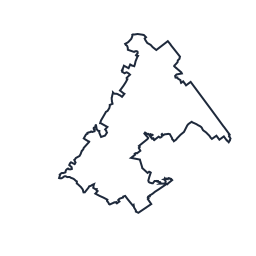 the district of Laucienes pag., Talsi, Latvia, rotated 330°
{"feature_id": "27541924B31657223934984", "entity_name": "Laucienes pag.", "entity_type": "district", "adm_level": 2, "iso_a3": "LVA", "parent_name": "Latvia", "parent_adm1": "Talsi", "projection": "albers", "projection_center": [22.805, 57.249], "detail": "fine", "context": "isolated", "style": "outline", "palette": "slate", "viewbox_px": 256, "rotation_deg": 330, "n_neighbors": 0, "source": "geoboundaries", "source_scale": "gbopen_adm2", "svg_char_len": 5695}
<svg xmlns="http://www.w3.org/2000/svg" viewBox="0 0 256 256"><g transform="rotate(330 128 128)"><path d="M43.3,136.9L43.8,137.4L44.8,138.1L45.5,138.3L46.8,138.3L47.8,138.1L48.5,138.1L49.1,138.2L49.7,138.5L50.1,138.9L50.6,139.8L50.9,140.2L51.3,140.4L52.4,140.9L53.0,141.3L53.6,142.5L55.1,144.3L55.8,145.6L56.4,147.7L57.0,148.7L55.9,150.4L56.3,151.1L57.8,156.0L57.8,157.0L58.0,157.6L58.0,159.1L57.5,160.5L57.3,161.5L58.4,162.1L64.0,159.9L65.2,159.1L66.8,159.5L68.7,159.4L70.5,159.6L69.8,160.2L68.0,162.4L68.3,162.8L68.5,163.5L69.1,164.5L69.4,164.8L70.3,165.3L69.9,165.7L69.6,165.9L69.5,166.3L70.1,167.4L67.9,168.2L66.9,168.5L69.4,172.5L72.0,176.1L74.3,179.8L73.4,180.5L73.4,181.3L73.7,182.5L73.6,183.9L73.5,184.2L74.0,185.1L78.7,185.6L79.0,185.5L79.6,186.0L80.8,186.2L81.0,187.0L80.6,187.4L80.7,187.7L82.3,187.5L83.8,187.4L83.5,185.5L85.2,185.0L87.5,185.4L88.9,185.7L89.5,185.0L91.6,185.4L92.1,189.5L93.4,197.6L94.4,197.4L93.5,199.9L93.6,203.4L93.0,204.3L94.6,206.6L110.1,205.5L109.6,199.4L109.8,199.3L110.9,199.0L110.9,198.8L110.5,198.0L111.1,197.5L112.4,197.4L112.9,197.9L113.4,197.2L114.5,197.3L116.5,197.2L119.5,196.7L124.0,196.5L133.1,195.8L133.6,195.8L134.0,196.4L135.0,196.0L135.7,195.9L140.2,195.2L139.9,193.7L139.3,193.5L139.0,192.5L138.5,192.5L138.3,192.3L138.3,192.0L138.2,191.9L138.1,192.0L138.0,191.9L137.9,192.0L137.6,192.0L137.5,191.9L137.3,192.0L137.3,191.9L137.2,191.9L137.1,192.0L136.9,191.9L137.0,191.8L136.9,191.7L136.5,191.5L136.5,191.4L136.4,191.3L136.1,191.4L136.0,191.2L135.7,191.2L135.7,190.9L135.5,190.7L135.3,190.9L135.1,190.7L134.9,190.8L134.7,190.6L134.4,190.6L134.4,190.4L134.3,190.5L134.2,190.6L133.9,190.6L133.4,190.5L133.9,191.1L134.0,193.0L132.9,194.3L131.7,194.3L127.7,192.1L127.8,192.1L128.0,191.8L128.3,191.7L128.6,191.5L128.6,191.4L128.8,191.3L128.8,191.0L126.8,189.3L127.3,188.8L126.4,188.2L124.9,187.5L124.5,187.2L121.9,188.3L121.1,187.8L119.4,186.0L119.0,185.1L119.3,183.7L121.9,181.1L125.4,178.0L125.1,177.5L125.1,177.3L124.9,177.1L124.4,176.4L122.5,176.7L120.3,169.7L120.6,169.2L122.4,161.5L122.5,161.3L115.7,155.4L120.7,154.7L120.8,153.7L121.4,153.6L122.1,153.6L122.9,154.0L123.1,154.4L127.3,153.9L127.4,150.7L128.7,150.3L128.5,149.0L139.0,147.4L140.0,147.1L140.5,146.7L140.4,145.7L139.9,143.7L139.9,143.4L139.4,141.0L140.5,140.5L142.1,143.4L142.7,143.4L142.9,144.7L144.3,144.5L144.7,145.3L145.2,145.5L145.6,145.8L145.8,146.3L143.1,146.7L143.5,149.4L144.7,149.3L144.9,149.7L144.5,151.4L144.6,151.6L150.2,150.8L150.9,152.3L151.6,152.5L152.8,152.4L154.2,150.8L154.1,150.3L154.5,150.2L154.8,151.9L156.5,151.8L158.8,152.8L159.2,152.9L160.1,153.3L161.2,154.4L161.1,155.1L161.1,156.8L161.1,159.0L160.7,159.5L160.8,160.5L161.1,160.9L161.1,162.4L164.0,162.1L165.3,161.5L170.2,160.1L174.5,159.4L180.6,155.4L182.2,154.8L185.3,154.5L186.3,154.5L186.5,155.2L186.7,155.5L187.4,156.4L189.2,158.9L190.4,161.2L191.0,161.9L191.8,163.6L192.0,164.5L192.0,165.0L191.9,166.1L191.9,167.3L192.0,167.7L192.6,169.1L193.0,169.9L193.5,171.2L194.0,173.2L194.4,174.6L194.7,176.1L194.7,177.5L195.2,179.4L200.7,178.9L201.3,183.8L206.8,183.2L207.3,188.2L207.6,188.3L208.1,190.7L210.2,189.6L210.3,189.2L211.5,188.4L211.5,187.3L211.6,186.6L211.2,185.9L211.7,185.4L212.1,185.2L212.1,184.3L212.7,184.3L211.7,175.3L211.5,174.3L209.2,153.2L205.3,119.4L199.6,120.1L199.3,116.7L199.2,116.7L199.1,115.2L196.5,115.5L196.5,115.4L197.3,112.7L195.7,109.7L196.0,108.9L195.4,108.5L194.4,108.1L194.8,106.5L196.8,105.9L201.9,107.7L202.0,106.5L199.8,100.3L199.7,100.1L199.8,100.0L199.2,98.7L198.9,97.5L199.2,97.2L199.7,97.0L200.0,97.0L203.8,95.8L204.9,94.4L207.2,93.8L208.0,92.8L208.7,92.2L207.2,81.9L206.7,78.7L206.5,77.0L206.6,76.9L205.9,72.7L191.5,74.6L189.8,70.3L189.2,67.4L187.2,64.0L187.0,60.6L187.2,58.8L189.0,58.4L188.8,57.6L188.7,57.6L188.4,55.9L188.3,55.6L188.1,55.3L187.5,54.8L187.5,54.7L183.3,51.4L180.2,50.2L179.2,49.5L178.9,49.4L178.3,49.4L178.1,50.0L177.7,50.6L176.0,52.0L175.3,52.5L171.6,53.6L170.5,53.8L167.6,53.7L167.6,54.9L168.1,55.8L168.2,56.2L168.3,56.6L167.9,58.4L167.0,60.2L171.0,64.8L171.8,65.3L172.3,65.1L173.3,65.4L174.0,65.9L174.4,66.6L174.3,67.1L173.6,68.2L172.8,68.4L171.3,69.0L171.5,69.6L172.7,70.6L172.4,70.8L171.9,70.9L167.9,74.0L166.0,76.1L164.3,77.6L163.2,76.4L162.7,76.1L162.5,75.5L161.7,74.1L158.4,76.5L155.6,72.0L154.0,73.4L151.8,74.9L152.2,75.2L151.0,76.3L152.4,78.9L154.5,79.0L155.0,79.5L156.0,81.4L156.2,82.2L156.4,82.8L151.9,83.9L151.2,85.6L151.4,85.7L149.0,87.2L145.1,89.2L139.8,91.5L141.4,95.5L142.0,96.6L138.4,98.0L138.0,97.1L137.7,96.2L136.7,94.8L136.2,93.8L135.3,92.7L133.4,91.5L133.0,90.8L132.9,90.0L132.8,89.7L132.7,89.9L130.4,92.2L129.7,93.1L129.0,93.6L128.1,95.3L127.7,96.4L127.3,97.0L127.0,98.5L126.7,99.3L123.7,98.9L123.3,99.8L121.8,101.4L118.8,103.0L116.9,103.0L115.5,103.9L108.5,107.9L107.0,109.2L106.4,109.8L106.6,109.9L110.7,116.8L107.5,117.8L107.8,119.5L107.5,120.3L107.5,121.5L104.3,123.1L100.2,122.3L100.7,118.0L101.1,117.1L101.7,116.3L100.8,115.6L100.7,115.2L100.5,114.7L100.3,113.0L100.4,112.1L100.7,112.3L101.7,109.6L101.4,109.4L100.8,109.9L100.2,110.6L100.0,111.2L98.5,110.7L98.4,110.8L98.0,111.3L97.8,112.1L98.2,113.2L97.4,114.1L95.8,113.7L95.3,113.7L94.4,112.8L94.3,112.6L93.7,112.8L91.2,112.0L90.9,112.1L90.3,112.0L90.0,112.7L88.4,112.6L84.5,114.9L84.7,115.3L85.3,116.6L86.9,119.5L87.6,120.4L87.4,120.6L79.7,123.1L78.7,124.0L76.5,124.9L76.4,124.8L73.9,126.9L72.0,128.0L68.0,127.9L67.6,128.0L66.3,128.7L65.5,128.8L65.3,131.7L64.8,131.9L64.1,132.5L63.7,132.6L61.5,129.2L60.3,129.5L59.1,130.3L58.6,130.7L59.6,133.7L58.9,135.4L57.6,135.1L56.2,134.2L55.8,133.1L54.8,133.1L53.2,133.5L52.1,134.5L51.7,135.1L51.3,135.1L49.3,134.6L48.3,133.9L46.8,133.9L46.0,134.2L46.1,134.3L43.3,136.9Z" fill="none" stroke="#1e293b" stroke-width="2"/></g></svg>